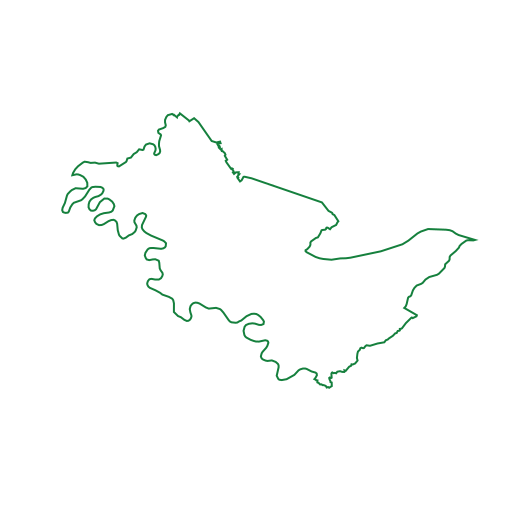 the district of Villa Rica, Valle del Cauca, Colombia, rotated 290°
{"feature_id": "7082276B61573549340712", "entity_name": "Villa Rica", "entity_type": "district", "adm_level": 2, "iso_a3": "COL", "parent_name": "Colombia", "parent_adm1": "Valle del Cauca", "projection": "albers", "projection_center": [-76.465, 3.182], "detail": "fine", "context": "isolated", "style": "outline", "palette": "green", "viewbox_px": 512, "rotation_deg": 290, "n_neighbors": 0, "source": "geoboundaries", "source_scale": "gbopen_adm2", "svg_char_len": 6088}
<svg xmlns="http://www.w3.org/2000/svg" viewBox="0 0 512 512"><g transform="rotate(290 256 256)"><path d="M348.9,175.0L362.2,156.1L364.3,150.7L359.8,147.3L360.4,146.6L364.0,135.7L362.4,135.6L362.2,135.0L359.8,134.2L359.3,134.3L360.6,130.7L360.2,130.6L360.8,128.6L358.2,125.0L356.0,124.2L352.8,124.0L350.5,124.8L348.0,126.5L346.3,126.6L344.4,125.0L341.6,121.5L340.1,121.1L338.3,122.2L337.6,124.9L336.9,125.5L330.8,125.8L328.4,126.4L326.0,127.3L322.8,129.6L321.4,130.2L319.8,130.2L318.4,129.5L316.6,127.7L316.5,126.4L316.8,125.7L317.6,125.2L320.9,125.4L322.5,125.0L324.1,124.0L325.3,122.7L325.8,121.1L325.5,117.5L323.1,114.5L320.8,113.8L317.5,113.9L316.8,113.2L316.3,109.7L312.7,108.4L310.0,106.2L305.7,104.8L303.6,101.8L300.7,101.9L299.8,101.6L293.3,96.6L293.1,95.2L293.8,94.6L295.9,94.2L296.0,92.6L289.0,76.8L288.7,72.8L286.9,68.7L286.7,66.1L286.0,62.7L284.5,61.3L279.5,58.1L275.7,56.5L271.5,55.7L269.1,55.8L271.3,59.3L271.8,60.8L271.9,63.1L271.4,66.7L269.6,69.9L267.1,72.4L263.8,73.7L261.6,72.7L260.0,70.5L258.0,63.3L255.0,60.4L253.3,59.4L249.9,57.9L248.2,57.7L240.5,58.3L235.2,57.8L232.8,58.2L231.3,59.5L231.2,60.6L231.4,62.4L232.4,64.4L233.7,64.9L238.1,64.9L241.8,65.7L243.7,66.6L248.5,72.5L250.0,73.5L253.5,75.0L261.2,76.7L264.1,77.9L264.8,78.7L266.2,81.5L267.7,86.3L267.6,88.0L267.1,89.4L266.5,90.0L265.1,90.4L262.3,90.1L260.8,89.4L258.4,87.5L256.5,84.8L255.1,83.3L252.8,81.7L250.1,80.9L247.3,81.1L244.5,82.0L242.9,83.6L242.2,85.5L242.8,87.4L243.8,88.8L245.2,89.7L253.2,90.9L258.1,93.8L259.2,97.0L259.0,98.9L257.9,102.3L256.2,104.6L254.4,105.9L249.7,105.8L248.1,104.9L246.6,103.0L244.2,98.4L241.8,95.3L238.9,93.0L236.2,91.8L234.3,91.8L232.7,93.2L231.6,95.0L231.3,97.9L232.3,100.3L233.9,102.1L238.3,105.5L240.2,107.6L241.3,109.8L241.2,111.3L240.3,113.3L238.8,114.5L232.9,117.3L229.1,120.0L228.3,121.0L226.8,124.4L227.0,125.5L228.7,127.4L231.9,129.5L234.3,132.2L237.1,133.8L238.6,134.2L242.1,134.1L243.6,133.3L246.2,130.2L247.8,129.5L250.8,129.5L253.5,130.4L255.5,131.9L257.6,134.7L257.5,137.6L256.6,138.9L255.4,139.2L246.1,138.3L243.8,138.9L242.3,140.2L240.9,142.6L240.1,145.1L239.3,150.4L238.7,163.1L238.4,164.7L237.2,167.1L234.3,167.8L233.0,167.5L231.5,166.3L230.3,164.4L228.4,156.7L227.2,153.7L226.2,152.6L225.0,151.9L221.2,151.0L218.5,151.3L216.5,153.0L215.4,154.5L215.6,157.1L217.5,160.2L218.5,162.5L218.3,166.2L216.6,167.4L211.4,169.8L209.9,171.3L208.2,173.8L206.8,174.7L205.0,174.8L202.6,174.3L200.7,172.8L199.4,169.4L198.8,165.7L198.0,164.2L197.3,163.6L195.3,163.0L193.1,163.1L191.9,163.7L190.5,165.2L189.8,167.0L189.4,173.2L188.6,178.5L187.7,181.2L187.8,188.1L187.2,191.9L186.2,193.3L183.4,195.1L175.3,198.0L172.9,203.3L172.8,206.3L171.5,210.5L171.3,213.2L172.0,214.6L173.3,215.6L175.0,216.1L176.9,216.1L178.1,215.6L180.6,213.6L183.5,211.9L186.5,211.6L188.5,212.2L190.2,213.2L191.5,215.0L192.0,217.0L192.0,219.2L190.5,226.5L190.4,229.6L193.6,236.2L193.8,240.2L193.4,241.6L191.7,244.7L186.3,252.4L185.5,254.0L185.3,255.6L186.3,259.7L187.1,261.2L189.0,262.7L190.3,264.2L196.2,267.7L200.0,271.5L201.1,273.9L201.6,276.2L201.3,278.3L200.3,281.2L198.1,284.8L197.0,285.9L194.6,286.3L193.0,284.5L192.3,282.4L192.1,278.1L191.5,275.6L189.8,272.4L187.7,270.2L185.6,269.5L181.4,269.9L177.8,272.1L176.7,273.4L176.1,274.8L175.4,279.6L175.4,282.9L175.6,285.1L176.6,288.1L180.0,293.5L180.2,295.4L179.8,296.5L178.7,297.3L175.5,297.4L173.3,297.0L168.3,295.0L166.5,294.6L163.4,294.9L162.2,295.8L161.3,297.2L161.1,298.5L161.0,300.8L161.3,302.7L163.3,306.6L163.2,310.7L162.1,313.5L161.0,314.6L159.2,315.3L150.6,316.4L148.2,318.9L147.7,320.2L148.2,322.6L150.7,326.9L157.4,332.7L163.1,335.1L164.6,336.3L166.3,338.6L167.1,340.7L167.2,342.3L166.5,347.7L166.8,351.8L166.3,353.2L164.8,354.0L162.0,353.6L160.3,353.0L160.1,354.7L159.8,355.0L160.1,356.3L158.2,356.9L158.1,358.4L157.2,360.2L157.8,361.5L157.4,362.7L157.8,363.6L157.8,365.5L157.5,366.5L156.6,367.4L157.5,368.6L157.2,369.8L159.7,371.7L163.0,370.4L163.0,369.1L164.0,368.6L165.1,367.4L166.4,366.5L167.1,366.9L167.0,368.3L167.5,368.7L171.2,367.1L172.3,367.2L172.7,367.6L172.4,368.9L173.2,370.2L173.2,371.4L175.1,372.0L176.5,374.4L176.6,376.7L177.3,378.7L178.0,378.8L178.8,378.3L178.8,379.6L183.8,381.4L185.4,382.9L186.9,382.8L187.1,384.0L188.9,385.9L192.5,387.2L194.7,385.7L198.9,384.7L201.1,384.5L203.3,385.6L205.0,385.6L205.9,386.4L206.0,388.2L206.4,388.9L208.6,389.6L209.9,390.4L210.6,393.8L215.4,400.2L218.8,406.1L221.2,406.8L222.6,408.4L223.9,409.0L227.8,411.9L231.0,413.3L231.7,414.5L234.0,414.8L234.9,416.4L235.5,416.6L236.7,416.1L237.3,417.3L238.0,417.9L244.2,419.8L250.9,423.0L251.5,423.5L251.2,424.5L254.2,427.4L255.4,427.4L257.9,413.1L259.8,413.9L262.3,414.0L268.8,413.2L269.9,413.6L270.8,414.7L272.0,415.3L277.4,415.2L280.3,415.8L283.2,417.1L286.2,420.6L287.7,421.8L291.8,423.3L295.5,426.0L300.2,432.5L301.9,433.9L309.2,437.2L310.7,437.2L312.9,436.6L317.5,439.0L318.9,439.1L321.4,438.3L323.0,438.6L328.9,442.0L333.2,443.8L335.1,443.9L337.6,445.0L342.4,448.3L343.3,449.7L345.0,454.9L346.0,456.3L345.0,439.2L345.4,436.0L346.5,432.2L346.5,429.2L345.7,425.6L340.2,408.5L335.4,402.6L332.4,400.0L322.5,393.9L317.1,389.6L303.1,371.7L286.7,345.3L284.6,341.2L282.6,336.1L278.3,328.2L276.2,320.2L275.6,316.5L275.5,312.3L276.9,302.2L277.5,300.9L278.4,300.6L279.9,301.8L283.2,303.2L285.1,303.3L287.3,302.5L288.6,302.8L293.4,306.1L294.7,307.8L299.2,308.7L302.5,308.8L303.0,309.2L304.4,312.0L305.2,312.5L306.6,312.5L307.0,312.9L307.1,313.8L306.5,316.4L308.9,317.2L312.6,320.7L315.4,321.0L316.8,321.5L321.3,315.6L321.5,313.7L322.5,312.9L322.7,312.2L323.2,308.7L328.9,299.6L327.5,225.3L326.6,218.2L326.1,217.2L322.2,216.6L320.6,215.5L323.1,211.9L323.7,212.3L324.2,211.3L327.1,212.3L326.9,211.5L328.8,211.1L327.7,208.5L325.6,207.3L326.7,205.7L327.5,206.3L328.7,205.2L329.3,203.8L330.0,204.1L330.1,203.5L329.5,203.2L329.7,202.8L329.5,202.6L333.9,196.2L335.1,195.0L336.6,196.0L339.5,192.4L340.7,192.7L342.0,191.5L343.1,188.9L342.9,188.0L344.8,187.1L344.0,186.4L345.0,184.3L345.8,184.9L346.7,184.3L347.1,183.6L346.5,183.1L347.9,181.5L349.1,182.3L349.9,184.1L351.2,183.1L349.1,179.9L348.9,175.0Z" fill="none" stroke="#15803d" stroke-width="2"/></g></svg>